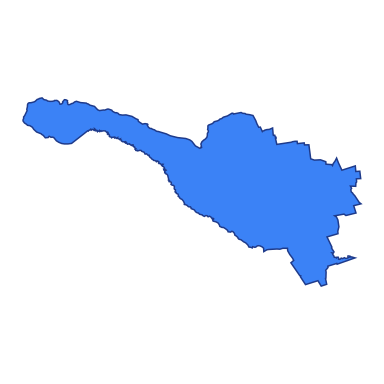 the district of Paunesti, Vrancea, Romania
{"feature_id": "2599482B39426936483061", "entity_name": "Paunesti", "entity_type": "district", "adm_level": 2, "iso_a3": "ROU", "parent_name": "Romania", "parent_adm1": "Vrancea", "projection": "robinson", "projection_center": [27.063, 46.027], "detail": "fine", "context": "isolated", "style": "filled", "palette": "blue", "viewbox_px": 384, "rotation_deg": 0, "n_neighbors": 0, "source": "geoboundaries", "source_scale": "gbopen_adm2", "svg_char_len": 6027}
<svg xmlns="http://www.w3.org/2000/svg" viewBox="0 0 384 384"><path d="M359.8,171.2L355.8,171.5L355.3,165.9L341.9,170.2L338.5,163.0L336.6,158.1L335.1,161.0L333.1,163.8L332.5,165.6L331.7,164.6L326.0,164.2L325.8,161.7L320.5,159.8L314.4,160.1L310.7,158.8L308.9,144.8L304.5,144.9L304.2,142.9L297.4,143.6L297.1,141.3L294.9,141.3L292.5,141.7L291.4,142.2L276.8,144.4L275.5,138.4L276.1,138.2L276.0,137.2L275.4,137.1L274.7,135.2L273.4,135.4L273.2,134.8L272.6,128.0L269.3,129.4L266.7,129.6L264.4,130.3L264.0,130.8L262.7,131.0L262.3,131.5L260.3,127.1L258.7,127.3L256.9,123.7L255.7,120.5L253.0,115.5L249.3,114.6L246.0,114.2L245.1,113.5L242.6,113.3L241.1,112.5L233.4,114.0L233.0,113.3L232.0,113.2L227.5,115.9L223.3,117.2L221.8,118.5L219.7,119.2L219.2,119.9L217.7,120.8L214.2,121.7L213.3,122.8L212.1,123.7L208.5,125.1L207.9,125.9L207.9,128.3L207.6,129.4L208.3,130.6L208.3,132.0L207.4,133.3L207.3,135.8L206.8,137.4L205.3,139.1L203.7,140.1L201.9,141.8L200.9,144.0L201.4,146.1L201.0,146.9L201.6,147.3L201.5,147.5L199.8,148.3L195.4,145.9L191.9,141.4L189.8,139.9L185.8,138.5L177.7,137.6L171.6,136.1L170.1,135.7L166.4,133.9L158.3,131.5L156.6,131.3L154.4,129.8L152.6,129.3L151.4,128.5L149.9,128.4L148.4,127.2L147.3,125.1L147.8,124.4L147.4,124.0L145.0,123.6L142.5,124.1L139.2,122.0L138.2,121.0L138.0,119.6L136.0,118.8L132.0,116.4L126.0,114.9L122.5,115.1L119.3,114.6L117.9,113.2L116.5,112.7L115.1,112.7L112.5,111.3L111.8,110.2L108.6,109.1L107.3,109.1L104.7,110.1L103.4,110.0L99.5,110.6L97.7,109.8L94.5,106.4L89.8,105.1L88.3,104.0L87.1,103.7L86.3,103.1L80.6,102.6L76.4,101.3L74.7,101.9L72.9,103.3L71.5,103.6L70.0,104.5L68.7,104.7L68.1,104.5L67.7,104.0L67.7,102.5L67.3,102.2L67.5,100.6L65.9,99.8L64.4,99.7L62.6,101.9L62.8,102.7L61.7,103.9L60.0,104.2L59.3,102.4L58.6,101.5L56.9,100.4L54.4,100.5L54.2,100.9L52.5,101.3L50.0,101.4L47.6,101.0L46.6,100.2L43.9,99.6L42.1,97.9L39.2,98.5L38.7,99.0L37.2,99.4L35.2,101.3L33.8,102.0L31.0,102.7L29.0,102.8L28.0,103.5L27.5,104.7L27.4,106.8L26.9,108.8L26.8,109.6L27.1,110.6L24.7,115.6L23.6,117.0L23.7,118.2L23.0,120.0L23.1,121.1L24.5,123.0L26.5,124.3L27.5,125.3L30.0,125.7L32.4,127.3L33.8,129.4L36.6,132.0L41.2,133.8L41.7,134.4L43.3,135.4L45.3,137.8L48.2,137.5L48.9,136.4L49.4,136.3L51.0,137.3L52.2,137.1L53.7,137.5L56.4,140.8L58.8,142.3L61.7,143.5L64.3,143.9L68.1,143.9L71.6,143.4L87.7,130.8L88.3,131.1L88.8,130.4L90.0,129.9L90.5,129.3L91.2,130.2L91.9,129.8L92.0,129.3L94.1,129.6L94.0,130.4L94.4,130.5L95.1,130.1L94.8,129.0L95.9,129.9L96.0,130.9L97.2,130.6L97.5,131.6L98.0,131.1L99.1,131.2L99.5,130.4L99.8,130.7L100.0,131.5L101.0,130.7L101.8,131.3L102.2,131.0L103.7,130.8L105.4,131.0L106.8,132.4L107.5,132.1L108.0,132.4L108.1,133.4L107.6,133.3L107.4,134.0L108.0,134.5L108.6,134.0L109.5,135.2L109.3,136.3L109.5,136.6L111.3,137.2L111.6,137.8L112.4,137.3L114.8,137.1L115.4,137.5L115.1,138.0L116.0,137.9L116.7,138.4L117.7,137.6L117.7,138.5L119.5,139.2L120.3,138.9L120.0,139.7L121.4,140.1L121.4,140.9L122.5,141.7L124.4,141.8L124.5,142.2L125.1,142.5L125.1,141.7L125.4,141.6L126.4,142.4L125.9,143.2L126.9,143.4L127.5,144.2L129.4,143.8L129.5,144.2L130.2,144.4L130.5,144.9L131.1,144.9L131.5,145.4L132.6,144.8L133.1,144.8L133.3,145.2L132.7,145.8L134.2,147.1L134.6,147.0L135.0,148.3L135.8,148.7L135.2,149.3L135.6,149.5L135.8,150.4L136.5,150.6L137.3,150.4L137.7,150.9L139.9,150.3L141.2,150.5L141.7,151.3L144.1,152.2L145.1,154.1L146.5,153.8L148.1,155.3L149.2,155.3L149.2,156.2L150.0,157.3L151.1,158.1L152.1,159.3L153.1,159.7L153.6,160.4L155.2,160.6L155.8,161.0L156.4,161.8L156.9,161.7L157.1,161.0L157.8,161.1L159.0,162.0L158.6,163.1L159.0,163.6L160.5,163.6L161.4,165.0L162.5,164.2L163.1,164.3L162.2,165.5L162.4,166.3L163.5,166.6L164.4,167.9L164.3,168.3L164.7,168.9L163.6,169.1L163.9,170.0L165.4,169.8L166.1,170.2L165.5,170.7L164.5,170.8L164.8,171.7L164.7,172.8L165.7,173.1L165.8,173.8L167.1,174.4L167.7,175.3L168.7,179.4L168.4,180.0L169.5,180.6L169.5,181.0L169.0,181.3L169.2,181.7L169.6,181.6L171.0,182.1L171.3,182.6L171.4,183.2L171.0,184.4L172.2,185.2L173.3,185.3L174.4,186.3L174.2,188.6L174.5,189.3L175.4,189.6L175.4,191.0L175.1,191.4L175.3,192.2L176.2,192.4L176.3,193.4L178.0,194.1L178.4,195.5L178.2,196.3L179.4,197.1L179.6,197.8L180.5,198.7L182.0,199.4L183.4,201.1L184.5,203.4L184.2,204.2L184.4,204.5L184.9,204.4L187.0,205.3L188.3,206.6L189.1,206.9L190.4,206.8L191.0,207.6L191.1,208.6L194.0,209.7L194.6,210.2L195.5,211.7L197.2,212.8L198.4,213.0L199.6,214.3L202.1,214.8L202.4,215.3L204.3,216.4L205.7,215.6L207.1,215.7L208.1,216.8L209.5,216.2L210.8,216.9L211.6,218.1L213.1,218.3L213.7,218.9L213.4,219.3L212.5,219.4L213.1,221.1L216.1,221.9L218.1,223.0L219.3,224.8L219.8,226.4L221.9,227.4L223.6,227.5L225.6,228.8L227.6,230.4L228.1,231.8L230.7,232.1L231.7,231.3L232.9,231.6L234.4,233.3L234.9,235.2L236.1,235.9L237.9,237.5L238.0,238.2L238.9,239.2L241.1,239.8L243.6,241.8L245.6,242.8L247.8,244.9L249.0,247.1L250.4,247.2L252.3,247.9L252.6,246.7L254.9,247.3L255.9,247.0L257.3,245.9L258.2,245.7L260.1,245.9L262.3,247.0L263.6,248.2L263.8,251.6L266.8,249.8L268.5,249.5L276.9,249.0L279.9,249.2L282.8,248.3L287.5,248.3L287.7,250.8L289.7,254.4L292.5,258.1L293.7,260.4L290.9,262.8L299.6,275.4L300.0,275.8L300.7,275.8L300.5,276.9L305.5,284.6L317.9,280.7L321.2,286.1L326.7,284.3L325.5,278.4L325.9,278.2L326.1,272.0L325.7,270.3L328.0,267.5L327.8,266.2L336.8,263.4L337.1,264.2L355.0,257.9L351.6,256.9L350.7,257.0L350.1,256.2L349.4,256.1L350.0,256.6L349.7,257.0L348.7,257.4L348.0,257.0L348.1,257.6L348.0,257.8L346.8,258.3L345.6,258.4L344.4,257.7L342.7,258.6L341.2,258.1L340.5,259.0L339.2,259.4L338.6,259.2L338.7,258.5L338.2,257.2L336.6,257.3L336.5,257.9L335.7,257.4L334.3,257.3L333.7,255.7L332.8,254.5L332.5,253.3L332.1,252.9L333.4,253.0L334.0,251.9L331.5,248.0L331.9,247.1L327.0,236.9L338.0,233.7L337.8,231.2L338.9,226.8L337.9,220.0L336.4,216.9L334.7,215.8L344.0,214.1L345.9,215.5L356.0,213.0L353.7,205.7L361.0,203.8L359.2,202.4L354.7,195.6L353.3,194.2L352.5,192.9L351.3,192.0L350.8,189.6L351.6,188.4L350.4,186.1L355.7,186.3L355.9,182.9L356.6,182.0L356.4,178.8L360.7,178.6L359.8,171.2Z" fill="#3b82f6" stroke="#1e3a8a" stroke-width="1.5"/></svg>